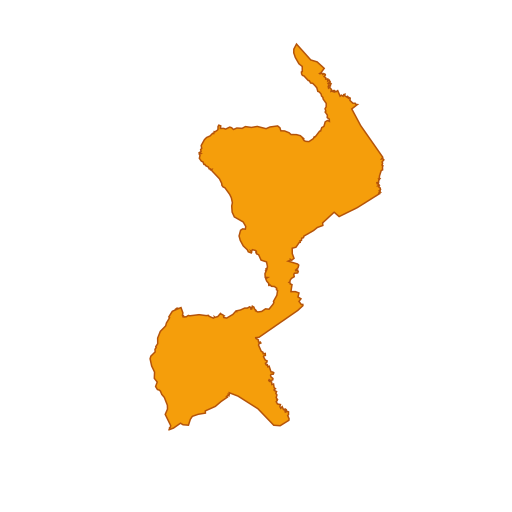 the district of Misamis Oriental, Misamis Oriental, Philippines, rotated 327°
{"feature_id": "2640588B53733148454792", "entity_name": "Misamis Oriental", "entity_type": "district", "adm_level": 2, "iso_a3": "PHL", "parent_name": "Philippines", "parent_adm1": "Misamis Oriental", "projection": "mercator", "projection_center": [124.765, 8.627], "detail": "fine", "context": "isolated", "style": "filled", "palette": "amber", "viewbox_px": 512, "rotation_deg": 327, "n_neighbors": 0, "source": "geoboundaries", "source_scale": "gbopen_adm2", "svg_char_len": 6150}
<svg xmlns="http://www.w3.org/2000/svg" viewBox="0 0 512 512"><g transform="rotate(327 256 256)"><path d="M405.4,100.3L400.4,103.1L398.3,106.2L397.1,110.9L396.7,118.2L398.0,122.2L395.3,126.5L394.3,126.4L393.4,128.2L393.3,129.8L394.3,131.1L395.4,137.4L396.2,138.0L396.0,140.6L397.6,142.1L398.2,144.9L398.6,148.1L397.5,151.6L398.5,153.0L398.8,155.8L398.1,157.4L398.5,159.4L397.8,160.9L398.0,166.3L396.1,169.1L394.1,170.1L393.5,172.5L392.4,172.9L392.6,176.7L391.1,178.7L392.0,181.1L390.9,183.1L389.8,181.3L387.1,181.2L383.5,184.3L381.1,184.1L378.2,186.4L377.4,185.9L371.5,188.0L369.9,188.3L369.7,187.8L368.0,188.8L362.7,188.9L360.0,186.8L359.1,185.2L359.2,183.3L359.7,184.0L360.0,183.7L358.7,179.2L356.0,176.2L351.5,173.2L350.9,170.7L348.1,166.7L345.0,164.5L345.9,161.5L345.0,158.7L338.0,155.4L333.8,154.7L327.6,148.0L322.2,145.7L317.6,141.7L313.9,141.4L309.6,138.2L306.0,137.6L305.4,135.1L304.2,133.6L299.6,133.0L298.4,131.4L295.6,129.6L297.3,127.7L296.1,126.0L294.7,126.7L293.0,129.2L291.8,129.5L289.2,129.5L288.7,128.9L287.2,130.3L286.4,129.5L282.9,130.3L279.1,129.7L276.2,130.3L270.2,133.5L269.0,136.3L267.6,136.5L266.8,138.5L264.9,138.4L265.7,140.1L263.9,139.5L263.8,141.2L261.7,143.2L261.8,146.7L262.8,148.2L262.2,150.8L263.0,151.3L263.0,152.8L264.5,155.5L264.2,157.5L265.2,158.1L264.8,159.0L266.2,159.4L265.5,159.8L265.5,160.9L267.4,171.3L266.8,176.3L265.9,178.2L266.0,180.1L267.1,181.9L267.5,190.0L267.0,193.8L265.2,198.5L262.9,200.8L259.9,206.2L259.1,211.4L263.8,220.5L263.5,225.6L261.7,227.7L259.6,226.0L257.1,226.0L252.7,230.0L251.3,234.3L250.8,240.6L252.1,246.0L251.8,248.3L253.7,250.9L254.4,250.5L254.5,249.2L254.8,249.8L256.4,248.7L258.6,251.1L258.9,252.3L258.2,253.1L258.0,252.8L257.8,253.1L258.3,253.3L257.7,254.6L258.9,256.4L258.0,262.2L261.6,266.7L259.9,271.0L259.5,271.5L258.9,271.0L259.4,271.5L258.7,272.3L257.5,272.1L256.7,272.7L257.7,272.5L256.8,273.8L256.0,273.6L255.3,273.7L256.8,273.8L253.9,275.7L252.1,278.9L254.1,280.4L251.8,280.3L251.3,282.8L251.7,286.0L251.0,287.1L251.5,287.0L251.5,288.1L252.2,288.2L252.4,289.8L254.8,291.6L255.8,294.3L254.8,295.4L255.3,296.7L252.1,300.3L245.9,303.6L245.7,304.7L244.1,305.7L237.9,307.7L235.2,305.5L230.6,305.6L227.0,303.9L225.8,301.7L226.4,301.5L225.9,299.4L226.4,297.8L225.6,296.1L223.6,298.1L222.8,297.8L223.8,295.5L223.2,296.0L222.9,295.1L220.4,295.0L218.1,293.5L213.5,292.8L209.6,291.3L209.4,291.9L208.9,291.3L204.8,292.4L197.6,292.1L195.4,290.0L196.1,288.7L196.7,288.8L195.9,286.8L194.3,285.2L194.9,285.1L195.6,284.6L190.9,286.0L188.2,285.1L188.0,284.4L187.8,284.9L186.4,284.9L183.8,281.0L183.8,279.9L181.8,278.9L176.3,274.2L167.9,270.1L166.9,269.0L164.5,269.0L162.5,268.0L162.6,266.9L161.8,267.1L162.0,265.7L163.7,263.9L165.0,258.4L160.5,257.5L162.1,257.4L161.4,256.7L159.5,256.8L159.5,257.4L155.7,256.8L149.7,259.6L149.9,260.7L144.4,263.4L142.2,265.4L134.7,267.1L128.8,271.3L125.8,276.0L122.6,277.4L122.4,278.4L120.5,279.2L119.2,281.5L113.3,282.7L111.2,284.5L108.6,291.4L107.7,298.1L104.1,303.2L104.5,307.9L100.7,310.8L100.6,314.3L102.0,316.0L102.2,317.4L101.6,320.8L102.1,324.7L100.4,332.9L98.4,336.2L93.6,339.4L92.1,351.7L91.0,352.9L89.9,353.0L89.7,353.7L88.7,354.0L88.5,354.4L93.1,355.4L101.6,355.1L102.9,357.8L107.2,361.1L112.0,357.2L115.3,355.8L121.4,357.3L128.0,360.2L129.1,358.3L140.0,360.0L147.6,359.0L155.0,358.8L154.7,357.8L156.1,357.6L157.1,358.4L157.4,356.9L158.2,357.6L159.1,356.1L164.6,363.7L174.4,385.1L178.7,407.6L183.8,411.5L194.1,411.7L195.1,410.5L195.7,407.0L196.9,406.7L198.4,404.4L197.6,403.3L195.6,402.9L196.3,400.8L197.4,402.1L197.7,401.5L197.2,400.2L195.4,399.8L195.9,396.6L193.8,397.2L194.1,395.2L195.6,393.9L193.4,391.8L193.6,389.2L195.0,388.8L195.1,388.0L195.8,388.1L195.8,385.8L197.9,383.9L197.8,381.9L199.4,380.9L198.1,378.6L198.5,377.9L200.0,377.9L199.5,376.2L201.0,372.9L199.3,372.4L200.5,370.1L199.0,368.5L198.9,367.3L199.7,366.9L200.3,368.4L202.6,369.0L203.5,367.9L202.7,365.4L203.3,363.8L204.4,363.5L206.0,364.5L207.3,363.7L206.9,362.5L205.5,361.3L207.0,355.6L205.6,355.4L206.3,353.4L205.3,353.1L205.3,351.5L205.6,351.0L206.8,351.3L208.2,350.1L207.1,348.3L207.4,344.5L208.3,344.0L209.7,344.5L210.7,342.8L208.8,341.9L209.4,340.5L208.5,338.7L209.6,332.1L210.4,331.3L212.7,331.6L212.7,330.4L211.6,330.2L211.3,329.3L212.3,327.6L211.0,325.1L211.3,324.3L214.2,325.8L261.4,324.4L268.3,323.2L268.9,322.1L267.6,321.3L267.3,317.5L270.4,316.4L268.9,313.2L271.9,310.4L269.7,307.4L265.9,304.9L270.6,299.6L269.5,298.3L270.0,297.7L269.3,296.1L270.4,296.1L271.6,294.8L273.6,294.1L276.8,294.2L277.6,292.1L278.8,291.4L281.7,292.9L282.9,292.1L282.7,291.1L283.3,290.7L282.7,289.8L281.5,290.1L281.5,289.4L284.8,288.8L286.9,286.9L286.5,285.3L280.1,277.8L282.6,278.2L283.0,277.5L283.6,279.0L286.6,278.7L287.7,273.8L290.6,269.2L294.3,270.4L299.6,268.2L300.5,268.6L301.2,267.2L302.6,267.7L304.0,266.0L305.8,266.5L307.1,265.4L318.2,266.0L323.0,265.5L328.7,266.8L329.9,264.5L344.9,261.9L345.4,261.9L347.2,268.2L367.2,270.6L393.3,271.0L392.9,270.4L393.8,269.8L394.1,270.5L394.6,269.7L395.1,270.1L395.0,268.5L395.7,268.8L396.3,268.1L395.8,267.5L396.7,267.9L397.2,266.5L396.6,265.2L397.4,264.3L396.7,263.7L398.0,263.8L397.9,263.1L397.2,263.3L398.0,262.1L397.0,261.4L397.4,260.3L399.0,261.0L400.2,259.2L401.0,259.2L400.9,258.1L402.1,258.4L401.9,257.7L403.3,256.0L407.6,252.5L409.1,252.7L410.6,250.1L411.6,249.5L411.2,248.3L412.8,247.1L412.9,245.8L415.6,245.0L415.4,243.4L414.2,243.0L416.1,242.2L414.8,203.5L416.4,184.8L423.5,184.2L422.3,183.2L422.4,182.0L420.5,180.7L419.5,176.7L421.0,174.9L420.3,173.7L419.6,174.1L419.0,172.7L419.8,172.5L419.7,171.9L418.5,171.7L418.0,170.7L417.7,169.7L418.7,168.8L417.5,168.4L416.0,169.5L415.2,167.6L413.6,167.8L414.6,161.8L412.4,161.8L412.0,160.4L411.0,161.1L410.5,160.5L411.4,160.5L411.4,159.6L408.6,158.8L410.0,157.6L409.6,154.6L408.3,154.7L408.9,153.1L409.6,152.7L411.0,153.9L412.0,152.6L412.8,152.5L412.6,151.3L410.7,151.5L410.3,150.7L413.2,150.0L413.0,148.3L413.8,148.0L411.4,148.3L412.6,146.6L410.8,145.6L411.6,144.4L410.8,142.6L412.8,142.0L413.0,141.4L412.2,139.9L410.9,140.2L410.8,138.3L408.9,138.1L408.7,137.6L410.2,137.7L415.4,135.8L413.0,126.5L408.7,121.4L405.4,100.3Z" fill="#f59e0b" stroke="#b45309" stroke-width="1.5"/></g></svg>